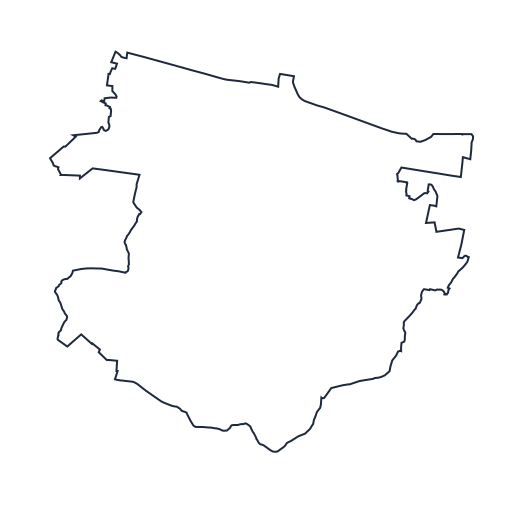 Tetchea, Bihor, Romania, rotated 4°
{"feature_id": "2599482B35654252048695", "entity_name": "Tetchea", "entity_type": "district", "adm_level": 2, "iso_a3": "ROU", "parent_name": "Romania", "parent_adm1": "Bihor", "projection": "natural_earth1", "projection_center": [22.297, 47.021], "detail": "fine", "context": "isolated", "style": "outline", "palette": "slate", "viewbox_px": 512, "rotation_deg": 4, "n_neighbors": 0, "source": "geoboundaries", "source_scale": "gbopen_adm2", "svg_char_len": 6004}
<svg xmlns="http://www.w3.org/2000/svg" viewBox="0 0 512 512"><g transform="rotate(4 256 256)"><path d="M407.4,340.8L407.1,337.1L407.2,332.5L409.9,331.0L410.3,328.8L410.1,326.9L410.1,324.2L410.4,322.4L410.0,321.3L409.1,320.3L408.0,317.7L408.3,315.1L408.1,312.0L408.5,310.8L409.9,309.1L412.7,305.8L415.8,301.9L418.2,298.1L418.8,297.8L419.6,294.9L420.2,293.4L421.5,291.8L422.0,291.8L422.7,291.2L423.1,289.9L424.0,287.6L423.9,285.9L423.5,284.7L423.4,283.3L423.7,282.3L423.8,281.3L424.0,280.4L425.0,278.5L425.6,277.6L425.9,277.4L431.5,277.9L431.8,277.0L432.1,277.0L437.2,277.8L438.9,276.8L440.6,276.9L441.7,276.6L443.6,276.8L444.1,277.1L444.5,277.3L446.1,278.7L446.8,280.0L446.6,281.2L447.5,281.3L448.1,280.7L449.0,281.0L449.3,280.2L450.1,279.4L450.4,276.4L451.3,274.9L449.5,274.3L450.1,272.6L451.0,270.8L452.4,268.9L454.1,264.9L455.4,263.5L458.1,259.1L458.8,257.4L460.8,255.4L463.5,252.5L466.4,248.4L467.2,247.0L467.5,246.0L468.3,242.3L467.4,242.2L465.9,241.2L465.2,241.1L464.7,241.1L463.8,241.7L462.1,243.7L461.1,243.7L457.6,243.4L460.0,230.6L461.9,215.5L456.3,214.5L434.3,219.3L431.8,210.0L428.1,210.5L423.3,211.2L425.9,193.1L429.7,193.3L432.4,193.9L432.8,183.7L432.6,183.1L430.6,179.1L429.0,177.2L428.5,176.3L427.2,173.9L426.0,172.7L424.9,172.5L423.7,172.4L423.3,172.5L422.7,179.3L423.5,179.8L422.3,181.5L421.3,181.4L419.5,181.6L415.1,185.5L411.9,188.2L409.8,189.3L406.8,188.0L406.0,188.2L405.8,187.9L404.8,187.7L405.0,185.7L403.0,185.3L401.8,185.1L401.8,183.4L401.3,181.7L401.2,181.5L401.4,179.7L401.1,179.1L401.8,172.9L401.4,172.8L401.5,172.0L393.0,171.2L392.9,171.8L392.1,171.7L392.1,170.1L391.5,165.8L390.9,164.5L392.1,163.4L394.9,157.6L421.1,160.0L433.6,161.1L445.2,162.2L454.8,162.9L454.8,162.5L455.4,148.7L455.4,148.0L455.4,147.1L455.5,143.0L463.0,144.5L463.2,139.0L463.3,135.8L463.3,135.1L463.2,127.6L464.2,124.6L464.2,121.4L462.4,119.4L453.8,120.0L453.6,120.4L453.4,120.4L453.2,120.0L450.6,120.1L436.2,121.2L424.5,121.9L422.2,125.1L419.8,126.6L416.6,128.6L412.1,130.6L408.0,130.4L407.3,129.2L406.0,128.3L404.1,128.0L403.2,128.2L397.5,123.6L394.9,123.7L392.0,123.7L389.9,123.6L383.7,122.7L381.7,122.3L379.3,121.6L372.6,119.9L360.8,116.5L344.5,111.8L327.7,107.0L313.5,103.0L305.9,101.4L293.5,97.9L290.9,96.5L288.5,94.7L287.3,93.2L286.2,91.5L285.2,89.5L282.7,84.8L280.9,80.6L280.7,79.4L281.3,74.0L267.3,72.7L266.2,77.3L266.3,85.6L264.1,85.1L261.9,84.6L259.8,84.2L253.6,83.8L248.7,83.4L241.0,82.9L238.6,82.8L237.3,83.6L227.3,82.7L214.8,82.2L211.1,81.7L203.4,80.1L191.6,77.6L179.7,75.3L158.2,70.9L130.9,65.4L113.4,62.1L113.1,67.7L112.5,67.6L111.7,67.7L107.8,66.8L106.5,65.2L103.7,63.0L101.6,62.0L98.1,72.8L103.9,73.8L102.5,79.1L99.5,78.8L98.1,82.4L97.5,84.7L96.2,84.6L95.4,96.2L100.9,96.5L101.2,101.5L104.6,104.7L105.8,106.6L105.6,107.9L99.8,108.1L94.0,109.2L93.7,112.5L91.1,111.5L90.3,112.3L92.8,113.4L95.4,114.2L95.3,116.1L96.6,116.2L98.9,117.2L99.9,117.5L99.7,118.2L99.6,118.9L100.8,119.1L101.3,121.1L101.2,126.5L99.6,127.5L99.4,130.3L99.5,131.7L99.3,132.7L99.7,133.7L100.3,134.7L100.6,136.4L100.8,137.1L99.9,140.0L97.5,141.7L96.0,141.2L95.2,140.7L95.2,140.3L94.2,138.6L93.4,137.9L92.6,138.3L91.1,140.9L90.9,141.2L90.6,143.0L90.3,143.3L89.0,144.1L88.2,144.3L65.3,148.3L67.9,149.5L58.2,160.2L56.5,160.2L43.7,172.8L47.0,177.6L47.7,179.7L49.3,180.4L52.3,181.1L52.8,181.3L52.6,182.3L52.4,183.1L55.7,188.3L55.5,188.8L58.0,188.6L74.7,188.1L74.9,190.9L86.9,180.0L96.9,180.6L122.3,182.3L134.1,183.1L131.9,192.8L132.1,195.7L130.9,202.3L129.8,210.6L130.6,212.1L133.6,216.0L136.6,218.1L138.6,220.2L137.5,222.2L136.9,222.6L136.4,222.5L135.6,224.5L135.2,225.2L134.8,226.9L134.7,229.4L134.8,230.0L134.4,230.6L133.9,231.1L133.4,232.2L132.6,233.9L130.3,237.5L129.0,239.7L128.8,240.5L127.0,243.7L126.1,244.7L125.3,247.1L124.2,249.6L123.9,251.2L124.5,253.0L125.4,253.9L125.9,255.4L126.4,257.0L126.6,258.2L129.0,262.3L129.0,267.2L129.4,269.6L129.8,273.1L129.1,275.4L129.5,276.1L129.6,277.4L129.6,278.3L129.0,280.2L127.0,281.3L126.9,281.8L119.9,280.8L114.2,280.5L103.1,279.3L92.1,279.8L88.1,280.2L82.3,281.2L74.4,283.4L74.0,285.8L72.4,289.2L71.0,290.3L69.4,292.0L67.3,292.3L65.7,292.9L64.4,293.8L63.6,294.9L63.8,296.3L63.0,297.4L61.7,298.5L61.3,299.8L58.7,302.1L58.6,303.2L58.3,304.0L57.9,304.9L58.0,305.8L60.6,309.1L61.4,310.9L61.8,312.5L62.2,313.3L62.2,313.9L62.5,314.3L63.6,315.6L64.3,316.8L66.4,322.2L67.0,323.1L68.5,324.9L69.3,326.6L70.6,328.0L71.7,329.3L71.8,330.3L71.4,332.8L69.5,335.1L68.7,336.9L66.9,341.5L66.5,343.8L64.7,345.7L64.2,346.7L64.5,347.6L64.2,348.5L64.5,349.0L64.1,349.8L64.2,350.1L64.0,350.7L64.0,351.3L63.8,351.9L64.0,353.3L74.1,359.5L77.2,356.3L87.1,346.4L98.4,355.1L98.7,354.5L106.8,360.2L105.8,362.9L114.4,370.2L116.6,370.0L124.8,370.2L124.8,370.4L124.8,380.4L126.0,380.4L123.9,388.8L125.4,389.2L129.8,389.6L130.6,389.5L133.5,389.7L141.3,390.0L143.0,390.3L146.5,391.9L151.0,395.0L155.2,397.8L155.6,398.1L171.9,407.8L175.5,409.1L182.4,411.3L184.9,411.7L187.7,411.9L190.8,413.7L191.4,414.3L193.0,415.8L195.8,416.4L197.6,417.1L198.7,419.2L202.4,425.3L205.5,429.6L207.6,430.7L215.3,430.3L220.3,430.4L223.6,430.3L226.4,430.7L228.3,430.7L231.9,431.3L234.1,432.3L236.1,432.6L239.2,432.1L242.3,429.0L242.7,427.5L243.4,426.7L245.1,426.2L249.5,425.9L252.6,424.8L255.5,424.5L256.4,423.9L257.6,423.7L260.1,425.0L261.7,426.1L262.4,426.7L263.0,428.1L265.0,431.6L266.2,432.9L268.9,437.4L269.2,438.5L270.1,439.5L271.6,441.9L273.3,443.5L273.8,443.6L274.9,443.7L276.2,444.1L277.7,444.8L278.3,445.3L279.3,445.8L280.2,446.4L284.4,449.0L286.2,449.8L287.7,449.9L289.2,450.0L291.2,449.4L295.3,446.0L296.2,445.3L298.2,443.3L299.9,440.3L303.9,438.0L310.8,432.9L317.3,429.8L322.0,424.7L323.5,421.6L324.7,419.7L325.3,415.0L326.0,413.5L327.7,407.3L329.8,404.1L330.6,403.0L331.1,399.4L331.1,392.7L331.5,393.0L332.1,393.2L333.8,393.0L338.8,385.0L340.3,382.5L351.1,379.0L356.5,377.7L358.4,377.5L367.8,373.6L372.9,372.3L381.4,370.4L382.8,369.5L386.8,368.8L389.6,367.8L392.9,366.0L397.3,361.6L397.8,356.9L399.2,350.7L402.7,345.6L404.3,341.5L406.3,340.5L407.4,340.8Z" fill="none" stroke="#1e293b" stroke-width="2"/></g></svg>